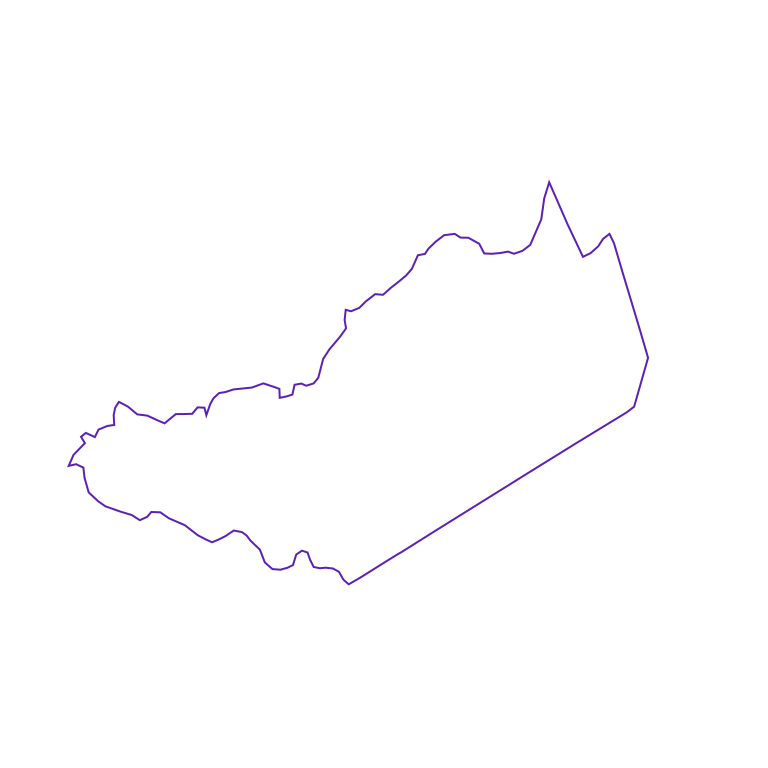 Riacho das Almas, Pernambuco, Brazil, rotated 215°
{"feature_id": "56859067B22137901706557", "entity_name": "Riacho das Almas", "entity_type": "district", "adm_level": 2, "iso_a3": "BRA", "parent_name": "Brazil", "parent_adm1": "Pernambuco", "projection": "natural_earth1", "projection_center": [-35.848, -8.088], "detail": "fine", "context": "isolated", "style": "outline", "palette": "violet", "viewbox_px": 768, "rotation_deg": 215, "n_neighbors": 0, "source": "geoboundaries", "source_scale": "gbopen_adm2", "svg_char_len": 1834}
<svg xmlns="http://www.w3.org/2000/svg" viewBox="0 0 768 768"><g transform="rotate(215 384 384)"><path d="M446.2,441.5L447.9,432.2L452.7,424.7L457.9,422.8L453.0,413.9L447.0,407.8L447.1,397.7L448.6,381.3L448.2,369.6L441.4,351.4L442.0,344.1L446.7,338.0L452.0,336.9L456.8,332.1L453.0,322.8L456.8,317.8L461.5,312.9L466.9,320.0L473.2,318.3L483.2,315.3L490.2,305.3L495.5,300.7L504.2,293.2L509.3,286.4L513.9,282.0L515.5,274.4L514.8,267.8L511.6,256.5L517.5,261.6L523.3,257.9L524.0,249.6L530.3,244.9L537.3,239.9L541.2,225.9L549.4,224.2L559.6,222.4L568.7,217.6L580.9,218.6L590.9,217.3L590.6,210.3L587.6,203.5L581.5,195.7L586.6,190.9L591.7,182.9L590.4,174.7L600.2,172.9L601.9,167.0L595.1,164.0L597.7,147.9L595.3,136.1L590.2,141.7L582.3,143.1L575.5,135.4L563.7,125.8L550.7,124.0L542.1,124.0L527.0,128.2L515.4,132.0L505.9,132.4L501.8,139.3L501.2,145.7L493.6,150.6L483.4,150.6L466.0,154.1L449.7,153.3L440.7,154.5L434.1,155.7L430.5,161.3L426.6,168.5L423.0,177.8L415.4,181.2L409.7,181.1L403.5,179.1L390.6,177.1L379.3,169.5L369.2,168.4L362.3,172.5L357.6,178.2L354.7,183.5L358.1,194.0L355.6,200.4L350.0,202.1L343.7,197.6L336.6,193.8L330.9,196.3L326.5,200.0L320.0,203.6L313.2,204.3L304.9,200.4L298.0,199.7L292.5,211.5L281.8,236.8L276.1,250.2L273.2,256.5L259.6,288.8L256.6,295.9L243.9,325.7L215.5,392.4L193.3,444.2L185.9,461.1L169.0,499.8L166.1,508.9L182.7,556.9L205.4,575.1L254.9,614.1L276.3,631.2L285.4,636.3L287.8,628.5L287.5,619.6L289.9,609.5L294.0,602.3L325.4,620.2L343.4,631.2L364.4,644.0L359.2,627.9L349.6,609.1L344.0,581.8L347.0,572.4L352.3,565.2L358.3,563.6L364.2,557.7L370.4,552.5L376.8,548.4L386.4,553.5L398.8,552.2L405.3,547.8L412.1,547.6L420.1,540.4L423.3,530.2L425.2,520.4L425.1,514.0L430.1,508.9L427.2,494.4L428.1,485.7L430.5,476.8L433.5,466.9L436.0,456.5L442.8,452.5L446.2,441.5Z" fill="none" stroke="#5b21b6" stroke-width="2"/></g></svg>